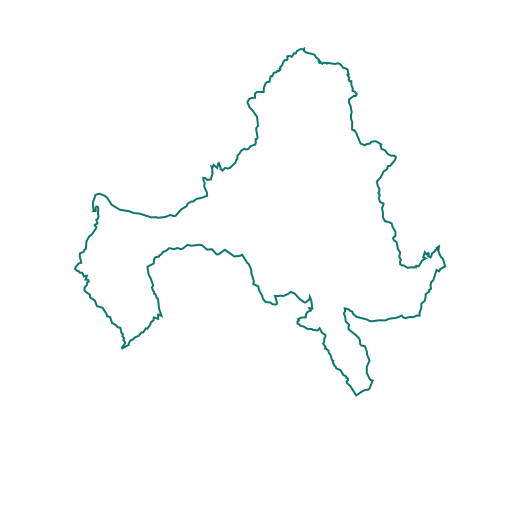 La Playa, Norte de Santander, Colombia (Robinson projection), rotated 155°
{"feature_id": "7082276B99344339057912", "entity_name": "La Playa", "entity_type": "district", "adm_level": 2, "iso_a3": "COL", "parent_name": "Colombia", "parent_adm1": "Norte de Santander", "projection": "robinson", "projection_center": [-73.187, 8.269], "detail": "fine", "context": "isolated", "style": "outline", "palette": "teal", "viewbox_px": 512, "rotation_deg": 155, "n_neighbors": 0, "source": "geoboundaries", "source_scale": "gbopen_adm2", "svg_char_len": 6095}
<svg xmlns="http://www.w3.org/2000/svg" viewBox="0 0 512 512"><g transform="rotate(155 256 256)"><path d="M416.2,228.8L409.0,229.2L408.2,230.6L405.6,232.4L402.9,232.4L399.8,233.4L396.1,233.2L391.9,235.2L390.6,234.4L386.3,237.0L385.2,236.0L380.7,238.5L379.3,240.4L376.2,240.9L374.6,243.5L371.2,240.4L369.6,244.2L368.9,244.1L366.9,241.7L366.1,249.4L363.0,258.3L363.7,260.2L363.3,263.8L364.3,265.2L363.4,266.8L364.0,268.0L363.6,271.5L362.1,272.3L361.5,273.9L360.9,280.8L361.2,284.4L359.0,292.1L351.8,292.4L350.1,295.8L347.9,297.3L344.1,296.5L343.5,297.3L341.1,297.5L338.6,299.0L335.3,298.7L331.4,299.8L327.1,296.7L323.7,296.5L321.6,294.1L319.3,293.7L313.4,295.0L310.2,292.6L302.1,289.9L300.4,288.6L297.6,282.4L293.0,280.7L291.0,274.1L289.1,273.3L281.6,274.8L275.8,264.7L270.4,262.9L268.0,263.0L266.8,253.2L265.9,251.9L266.2,245.5L267.6,242.0L268.5,234.4L270.3,231.6L266.8,227.7L267.7,222.5L267.2,217.2L267.8,214.4L266.8,210.2L262.6,207.8L261.4,205.3L258.5,203.6L256.9,203.9L255.6,211.8L253.3,210.4L249.8,209.4L248.6,208.2L242.6,208.1L239.6,208.8L236.8,205.6L234.5,198.2L231.7,193.4L230.6,193.0L225.8,194.1L224.5,196.2L224.6,192.7L227.2,184.5L229.7,186.1L229.4,183.4L233.0,183.5L235.2,182.1L236.9,179.4L241.0,181.0L244.5,181.0L244.3,179.5L246.2,178.9L246.9,177.2L245.6,175.7L245.2,174.0L242.5,171.8L240.1,168.0L236.2,166.2L235.6,165.0L231.6,162.5L228.9,163.6L228.7,158.6L226.5,155.3L227.2,153.5L228.7,152.7L230.8,149.0L232.2,148.2L231.4,144.2L232.6,142.9L231.5,142.2L230.4,139.8L230.9,137.2L230.2,134.9L231.0,131.1L230.9,129.2L230.2,128.3L231.2,127.3L231.4,126.0L231.0,125.0L231.4,123.7L230.5,121.7L230.8,120.3L227.7,116.8L227.1,111.0L225.8,109.8L225.1,108.5L225.6,107.4L224.6,106.3L225.1,104.5L226.9,104.0L227.1,102.2L225.5,98.3L224.1,87.3L216.5,88.5L213.7,88.5L211.0,87.4L208.9,88.1L202.9,93.8L204.8,95.7L205.1,103.0L202.4,108.8L197.3,113.2L197.0,120.2L196.0,122.0L195.4,128.2L198.4,130.4L198.8,132.1L197.6,135.0L197.4,137.8L198.7,141.6L203.0,150.3L202.6,152.0L200.7,154.3L202.3,158.7L200.8,163.5L200.8,166.7L198.6,168.3L197.7,171.1L194.5,168.4L193.9,166.5L192.3,165.0L192.5,162.5L190.6,158.3L182.4,151.7L180.5,149.1L178.7,147.9L171.8,145.8L165.9,142.9L162.0,142.9L154.7,140.6L149.0,140.3L148.6,138.2L146.5,136.2L144.0,136.2L141.2,135.3L139.7,134.1L135.4,134.1L132.9,132.8L131.9,135.3L128.1,139.1L126.3,142.9L122.1,144.1L119.5,147.3L118.4,149.7L114.0,150.5L113.7,152.0L111.3,152.3L110.1,155.8L108.2,158.3L106.0,158.8L104.7,160.0L98.3,167.0L96.5,164.7L94.4,166.3L88.9,166.7L87.8,174.7L88.8,177.1L88.8,182.0L88.5,183.7L86.1,187.4L88.9,186.9L89.8,185.4L91.0,185.6L92.0,184.6L95.5,184.0L97.0,181.9L98.7,180.9L99.1,182.3L100.1,183.0L98.6,184.8L98.5,185.8L100.7,185.4L101.4,188.1L105.0,184.1L103.2,182.2L107.4,181.7L112.9,177.9L114.8,179.4L115.8,178.2L116.5,179.1L117.9,178.7L119.9,180.2L123.5,181.1L126.2,185.1L127.5,185.6L128.8,187.6L127.7,190.3L126.4,191.1L126.5,194.8L123.8,198.3L124.5,202.0L122.7,209.0L124.3,212.3L124.3,214.1L123.2,215.0L121.3,215.1L119.4,219.0L119.9,224.8L119.3,228.1L121.5,230.8L124.4,233.0L124.6,237.8L122.9,240.6L121.6,246.2L119.0,248.3L118.3,249.7L120.7,252.4L120.3,256.4L118.0,259.1L118.4,261.6L117.3,262.0L115.8,264.4L116.0,268.1L115.0,272.4L109.6,274.6L104.8,278.6L100.3,279.4L98.5,281.8L96.2,281.0L89.1,284.5L87.3,286.7L88.6,288.8L90.8,289.6L92.4,291.3L93.5,292.9L94.5,297.4L97.0,300.0L96.5,303.3L95.3,304.2L98.2,308.5L99.7,309.8L103.4,310.8L105.1,309.7L108.6,310.7L110.7,310.4L113.7,313.7L113.2,325.9L113.8,328.6L114.7,328.7L115.5,330.0L112.2,336.8L111.9,340.3L110.0,344.2L108.5,345.8L106.8,352.4L106.9,355.6L105.4,358.6L99.7,359.7L98.1,358.9L96.2,360.1L96.9,362.9L98.7,365.2L97.6,366.5L97.2,370.8L95.7,374.2L97.4,374.9L97.3,376.8L96.1,378.4L96.6,381.3L95.3,381.3L95.2,383.5L94.1,386.1L95.9,388.6L97.3,389.4L98.6,394.3L100.4,396.1L103.2,396.6L109.3,400.6L110.5,400.4L110.8,401.4L113.0,402.5L114.7,402.2L115.3,403.6L117.0,404.2L117.0,405.3L115.9,404.3L115.5,404.7L116.1,405.8L115.8,406.9L117.7,410.7L117.9,413.7L124.9,419.7L125.7,421.7L124.8,423.6L125.9,423.4L128.3,424.7L132.4,424.4L134.4,422.7L136.1,423.7L138.6,421.6L139.8,421.6L140.6,423.0L143.2,423.7L144.2,421.2L145.4,420.5L147.2,421.4L149.4,420.2L151.8,417.7L153.9,417.2L154.3,416.1L155.4,415.8L155.2,414.6L157.3,413.9L158.2,414.9L159.9,413.9L162.5,414.5L165.3,412.1L166.0,412.7L167.0,412.4L170.2,408.2L172.4,409.0L174.4,408.4L177.6,405.4L179.8,401.4L185.7,404.3L188.2,403.6L190.0,399.9L193.6,401.2L196.0,401.1L198.9,398.9L199.0,393.1L197.6,389.9L196.3,381.5L199.1,373.2L201.7,371.8L202.4,370.5L204.5,362.7L205.6,361.8L206.9,362.1L208.3,358.8L209.6,357.4L214.5,357.8L217.8,356.2L220.2,356.8L221.0,358.1L224.9,357.7L228.2,355.5L230.3,355.0L231.9,351.8L233.1,351.6L235.3,349.2L242.7,346.9L244.8,347.3L246.8,348.9L250.4,347.6L250.5,348.7L251.4,349.7L250.8,350.9L250.4,356.0L251.2,355.8L253.9,352.2L256.0,356.4L257.7,354.8L258.5,355.9L259.2,352.1L260.2,351.0L260.1,349.7L264.5,344.6L268.1,345.5L269.0,348.0L270.7,349.1L271.6,347.0L271.6,344.1L273.6,340.7L273.7,334.4L274.8,331.3L279.5,331.5L286.0,332.9L290.1,331.9L291.6,332.7L294.7,332.5L296.1,332.2L297.7,330.5L304.4,329.8L311.7,326.5L313.4,326.6L316.3,329.4L321.3,329.6L328.4,331.9L330.3,333.5L334.5,335.2L343.7,343.7L348.4,346.4L352.1,350.2L359.9,355.5L365.2,363.5L366.2,371.7L367.6,374.5L371.6,378.7L375.6,379.2L381.2,373.3L382.6,370.3L383.6,367.2L383.1,365.9L384.2,365.4L382.2,364.6L380.9,367.6L379.9,368.3L378.7,367.5L378.8,365.9L381.2,361.3L382.2,358.0L383.9,356.5L385.5,356.2L385.9,352.4L388.9,352.5L389.3,351.7L388.4,349.8L389.0,348.9L395.3,345.1L399.2,344.1L403.5,340.8L407.2,334.4L409.1,334.0L410.4,332.7L414.5,332.7L415.8,330.6L417.2,323.8L419.8,324.2L424.0,322.3L425.3,321.0L424.3,318.0L423.1,317.2L423.0,315.5L420.5,314.3L420.7,310.2L417.6,309.5L420.5,306.7L418.2,305.3L418.3,303.6L420.2,303.3L421.2,301.4L424.6,299.9L425.7,298.1L425.9,296.3L423.0,291.1L423.8,288.4L420.9,283.7L421.3,277.9L417.0,273.9L416.0,266.8L416.5,264.3L414.0,262.4L414.8,256.4L412.0,252.2L411.4,249.8L409.3,248.3L410.4,243.2L409.6,241.5L410.9,239.9L410.2,237.0L411.8,236.0L411.1,233.1L411.9,232.0L416.0,229.8L416.2,228.8Z" fill="none" stroke="#0f766e" stroke-width="2"/></g></svg>